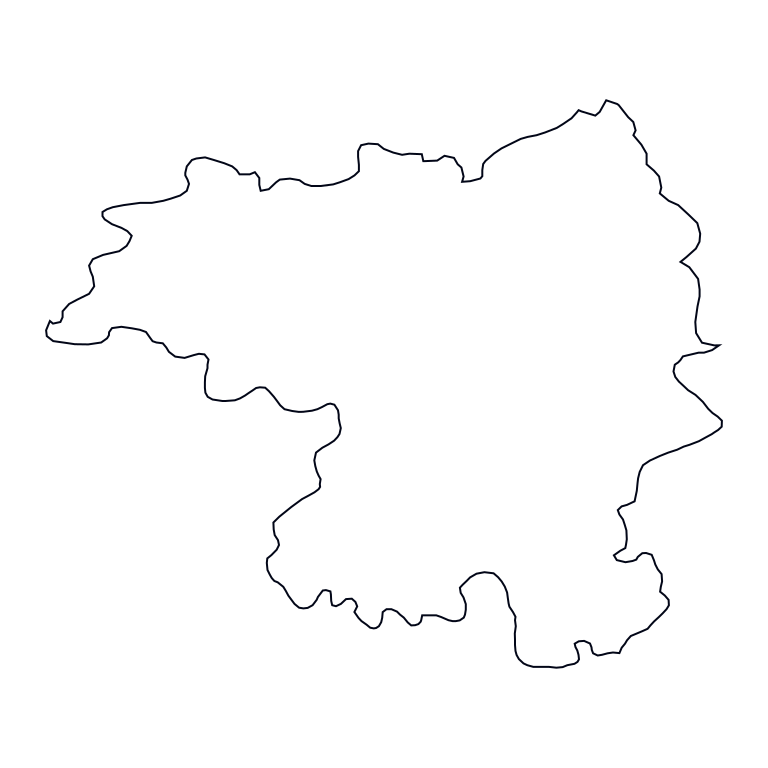 outline of Horki, Mogilev, Belarus
{"feature_id": "67162791B10713618148259", "entity_name": "Horki", "entity_type": "district", "adm_level": 2, "iso_a3": "BLR", "parent_name": "Belarus", "parent_adm1": "Mogilev", "projection": "equal_earth", "projection_center": [30.973, 54.207], "detail": "fine", "context": "isolated", "style": "outline", "palette": "ink", "viewbox_px": 768, "rotation_deg": 0, "n_neighbors": 0, "source": "geoboundaries", "source_scale": "gbopen_adm2", "svg_char_len": 5196}
<svg xmlns="http://www.w3.org/2000/svg" viewBox="0 0 768 768"><path d="M719.1,345.3L714.4,345.4L702.0,342.7L696.1,333.1L695.3,322.0L697.5,306.5L699.6,296.4L699.6,289.5L698.1,278.9L689.3,267.2L680.5,261.9L686.4,257.1L695.9,248.6L699.5,241.7L700.2,233.7L697.3,223.1L688.5,214.6L678.2,205.1L668.7,200.8L659.8,193.4L661.3,187.6L659.1,176.5L653.9,170.6L646.6,164.3L646.6,153.7L641.4,144.7L633.4,135.2L635.6,130.4L633.3,122.0L628.2,117.2L618.7,105.1L617.2,104.0L606.2,100.3L599.7,111.9L595.3,115.6L581.4,111.4L578.6,110.2L577.0,112.2L571.6,118.2L563.4,123.8L556.8,127.9L545.0,132.5L536.6,135.2L527.7,136.9L520.7,138.9L513.2,142.6L501.5,148.4L494.0,153.5L485.5,160.9L483.2,164.0L482.3,170.1L482.3,176.2L480.4,178.5L470.2,181.2L462.1,181.8L463.6,176.5L461.4,167.5L457.7,164.3L454.0,157.9L444.5,155.8L437.2,160.6L425.5,161.1L423.3,161.1L421.8,154.2L409.4,153.7L402.1,154.8L393.3,152.6L383.8,148.9L377.9,144.2L368.4,143.6L361.1,145.2L358.1,151.1L358.1,156.9L358.9,164.8L358.9,171.2L354.5,175.4L348.6,179.1L339.8,182.3L333.2,184.4L320.8,186.0L311.3,186.0L304.7,183.9L299.5,180.2L290.0,178.6L279.8,179.6L276.1,182.3L268.8,189.2L260.7,190.8L259.3,184.9L259.3,178.0L254.9,172.2L249.8,174.3L239.5,174.3L238.9,173.4L236.6,170.1L232.2,166.4L224.2,163.2L213.9,160.0L205.1,157.4L196.3,158.5L191.9,160.0L186.8,166.4L185.3,172.8L185.3,175.4L187.5,179.6L189.0,183.9L186.8,190.8L180.2,195.5L170.6,198.7L163.3,200.8L151.6,202.9L139.9,202.9L123.7,205.1L112.8,207.2L106.9,209.3L102.5,212.0L102.5,216.2L104.7,219.4L112.0,224.2L121.5,227.9L127.3,231.1L131.7,235.8L129.5,241.1L126.6,245.9L119.2,251.2L103.1,254.9L92.8,259.2L89.1,265.6L90.6,271.4L92.8,276.7L94.2,286.3L89.1,293.8L77.3,299.6L69.2,303.9L62.6,311.3L62.6,317.2L60.4,322.0L53.0,323.6L49.9,321.0L46.1,330.3L46.8,336.1L53.2,341.1L67.4,343.1L74.8,344.2L88.3,344.4L101.2,342.5L107.1,338.3L108.9,335.3L109.1,332.2L112.0,328.1L121.4,326.8L131.8,328.3L139.9,329.8L146.0,332.0L150.3,338.1L152.6,341.2L156.4,342.5L162.8,343.3L166.3,347.5L168.9,351.8L175.2,356.6L184.6,357.9L193.8,355.1L198.9,353.8L204.5,354.4L208.5,359.5L207.5,364.7L207.5,368.2L205.2,376.2L204.9,382.3L204.9,387.9L205.4,392.7L207.7,396.8L212.5,399.5L222.4,401.0L225.5,401.0L234.9,400.3L240.0,398.4L245.1,395.5L248.7,393.0L252.5,390.5L256.1,388.0L259.9,387.3L265.2,387.7L269.0,391.2L273.9,396.8L277.2,401.2L280.2,405.3L284.5,409.2L292.2,411.0L298.8,411.9L303.1,411.8L312.0,410.7L317.4,409.2L321.9,407.1L327.3,404.2L330.3,403.6L334.4,404.7L338.0,410.3L338.7,414.7L338.7,418.4L339.7,423.6L340.8,428.1L339.5,434.0L337.4,437.2L334.1,440.7L328.5,444.4L322.4,447.7L316.0,452.6L314.3,460.4L315.3,466.1L316.8,471.5L318.6,475.6L320.6,479.1L319.8,484.1L320.1,486.9L318.6,489.2L314.5,492.3L308.4,495.7L302.2,499.0L291.3,507.0L279.3,516.7L273.4,522.5L273.7,529.5L274.7,535.1L278.0,540.2L279.0,545.0L276.7,549.7L271.4,555.1L267.3,558.4L266.8,562.9L267.5,570.0L269.8,574.6L271.6,577.8L272.4,578.8L274.4,581.0L277.7,582.3L283.3,586.8L285.8,590.9L288.4,595.7L294.5,603.9L299.1,607.7L303.4,608.4L307.7,607.9L312.6,605.2L316.7,599.8L317.9,597.0L322.8,590.5L325.9,590.1L330.4,591.4L330.9,594.4L331.2,600.9L332.2,605.2L336.0,606.2L340.9,603.9L346.0,599.1L351.8,598.7L355.4,601.9L357.2,606.4L354.4,612.0L358.5,617.9L361.5,621.1L366.6,624.7L370.2,627.7L373.8,628.4L376.1,628.0L378.9,626.2L381.2,622.2L382.2,617.8L382.7,612.1L386.5,609.2L391.4,609.2L397.0,611.6L400.0,614.6L403.8,617.6L407.7,622.4L411.2,625.4L415.1,625.2L418.4,624.1L420.7,621.7L421.2,620.2L422.2,615.3L429.8,615.3L436.2,615.3L441.1,617.0L448.5,620.2L452.5,621.1L455.9,621.1L459.7,620.4L463.8,617.6L465.0,614.6L465.8,609.7L465.8,604.1L463.5,597.4L460.7,592.9L459.9,587.7L462.7,584.7L466.8,580.8L470.1,577.4L476.5,573.7L484.4,572.2L493.6,573.3L498.1,577.2L501.7,581.5L504.8,586.6L507.1,592.5L507.8,597.8L508.6,603.4L509.4,606.7L513.0,612.1L515.5,616.8L515.0,620.2L515.8,626.2L514.8,633.5L515.0,639.6L515.0,645.0L515.5,651.0L516.6,655.0L518.9,659.1L523.5,663.4L527.3,665.2L533.4,666.9L542.3,666.9L549.2,666.9L556.4,667.7L562.7,667.1L567.3,665.2L574.5,663.8L577.5,661.9L579.0,659.3L578.5,654.8L577.3,650.5L575.5,647.1L574.7,643.7L578.8,641.3L584.1,640.9L590.0,643.5L591.5,647.3L591.8,649.9L593.1,653.3L597.7,655.5L602.0,654.8L607.6,653.3L613.0,652.5L619.4,653.1L621.7,647.7L625.0,643.7L627.0,640.3L630.8,636.0L637.5,633.2L642.0,631.3L647.6,628.8L650.5,625.3L654.1,621.4L658.8,617.1L662.6,613.4L666.6,609.1L668.9,605.3L668.6,599.9L664.8,595.5L660.1,591.7L660.8,586.9L662.1,581.4L661.6,574.1L657.8,569.4L655.3,564.5L654.0,560.4L651.7,554.8L646.1,553.0L642.3,553.2L637.8,556.9L636.3,559.6L632.5,561.0L625.5,562.2L616.8,560.1L613.9,555.3L620.4,550.7L625.3,548.1L626.0,544.7L626.8,539.3L626.4,530.4L624.8,525.0L623.0,519.5L619.4,514.5L617.8,510.1L621.6,506.4L627.0,504.9L634.6,501.3L636.8,490.8L637.5,483.5L638.1,478.3L639.7,471.9L643.0,465.2L650.0,460.5L660.0,455.9L668.3,452.6L677.2,449.7L683.7,446.6L689.5,444.8L698.9,441.2L705.4,437.6L711.7,434.2L714.3,432.4L718.1,430.0L721.7,426.7L721.9,420.7L717.7,416.6L712.5,413.0L708.2,408.8L702.9,401.9L695.5,394.9L688.1,390.2L684.0,386.3L678.9,381.6L675.3,377.0L673.5,371.5L674.8,364.7L678.2,362.4L680.4,360.1L682.9,356.4L698.5,352.7L703.9,352.7L712.1,350.1L719.1,345.3Z" fill="none" stroke="#020617" stroke-width="2"/></svg>